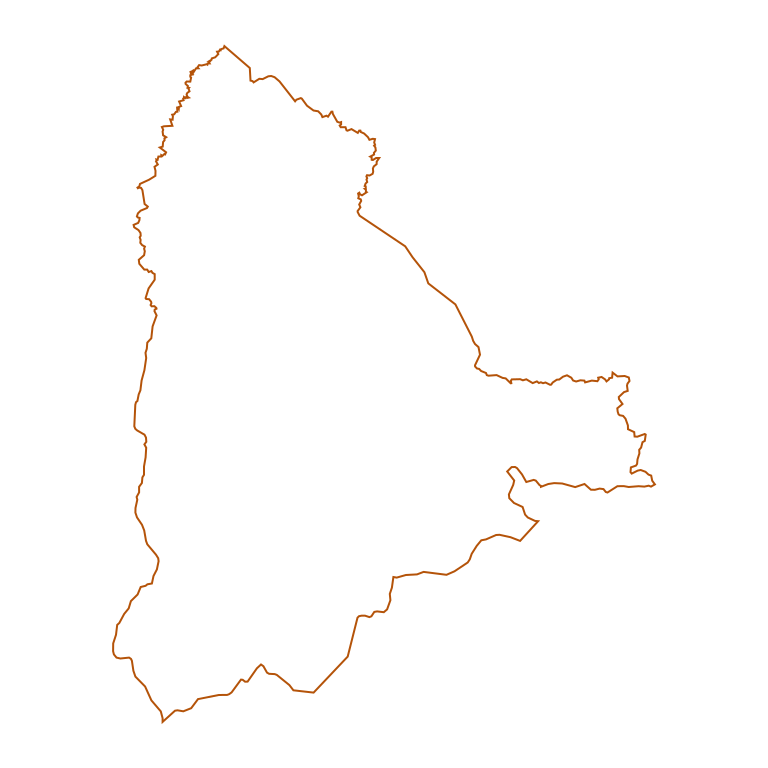 the district of Ile, Zambezia, Mozambique
{"feature_id": "85939544B3686787806290", "entity_name": "Ile", "entity_type": "district", "adm_level": 2, "iso_a3": "MOZ", "parent_name": "Mozambique", "parent_adm1": "Zambezia", "projection": "albers", "projection_center": [37.321, -15.981], "detail": "fine", "context": "isolated", "style": "outline", "palette": "amber", "viewbox_px": 768, "rotation_deg": 0, "n_neighbors": 0, "source": "geoboundaries", "source_scale": "gbopen_adm2", "svg_char_len": 6060}
<svg xmlns="http://www.w3.org/2000/svg" viewBox="0 0 768 768"><path d="M224.4,46.1L223.6,48.4L221.2,49.1L220.7,50.2L220.0,49.7L218.9,51.5L217.1,51.7L218.3,54.1L215.2,57.3L211.8,58.4L211.5,59.8L209.3,61.1L210.1,61.2L208.9,62.5L209.5,63.4L207.7,63.4L207.4,64.6L206.8,64.2L201.7,65.5L199.1,65.1L197.5,67.3L198.4,68.3L196.0,68.4L193.6,72.1L193.2,70.5L192.0,71.3L192.3,72.6L191.3,71.6L190.5,71.9L190.9,73.3L192.4,74.5L190.3,75.2L190.3,76.8L191.1,77.6L190.3,81.6L186.7,81.5L185.5,82.7L185.6,83.9L187.9,86.0L187.5,87.8L189.0,87.9L188.5,88.6L189.5,91.3L187.3,92.9L186.6,94.3L187.4,96.7L188.7,97.6L187.3,97.9L186.1,97.1L185.6,98.1L184.0,97.0L183.9,98.3L183.2,98.6L183.6,100.2L179.1,101.5L181.1,106.1L179.0,106.9L178.8,108.7L178.1,107.3L177.1,107.5L177.4,111.7L175.9,111.9L174.2,114.3L172.2,114.7L172.9,116.2L172.6,119.7L170.2,119.4L172.4,125.8L163.9,126.3L161.9,127.0L163.2,129.8L162.6,131.5L163.1,135.3L166.2,137.2L164.4,138.4L164.6,140.2L163.1,142.0L162.7,146.6L159.8,147.5L166.1,152.3L165.1,154.4L164.4,154.0L162.5,155.8L161.3,155.1L161.3,156.5L157.6,156.5L158.3,156.8L157.6,159.8L156.4,159.5L156.7,160.4L156.0,161.3L157.8,164.5L154.5,166.8L155.5,170.8L155.4,175.8L149.1,179.7L140.0,183.9L139.3,186.4L137.5,187.6L137.9,188.2L138.8,187.6L141.1,187.9L142.4,190.1L144.6,204.0L147.8,206.6L147.0,208.0L140.6,210.7L137.9,213.4L136.9,216.4L137.7,217.4L139.6,217.9L139.4,220.2L138.2,222.9L133.6,224.9L134.2,227.3L138.5,230.1L140.5,233.0L140.7,235.8L139.7,237.3L140.6,239.9L140.3,242.8L142.1,245.1L144.9,246.6L144.1,248.7L144.8,251.2L144.1,255.2L138.8,259.8L139.3,263.8L144.3,269.6L147.2,269.6L148.7,272.0L151.4,271.1L152.5,272.9L154.7,274.1L154.7,279.7L148.6,288.4L145.6,298.1L146.2,299.0L149.1,299.2L151.1,301.7L151.4,303.1L150.6,305.0L151.6,306.3L154.4,306.2L156.3,307.9L156.5,308.7L154.7,309.6L154.5,311.2L156.6,315.4L152.6,326.4L151.3,338.3L147.3,342.6L146.8,348.8L145.5,352.8L146.2,358.0L144.4,370.2L141.6,380.5L140.4,390.3L138.7,394.4L137.4,401.0L136.0,402.2L135.3,404.8L134.3,426.3L135.3,428.8L137.1,430.4L144.5,434.7L146.0,437.6L146.3,441.8L144.4,444.4L146.2,447.7L145.6,457.4L144.0,466.5L144.0,474.8L142.4,477.4L141.9,483.0L139.1,486.8L139.1,492.4L136.6,497.0L137.3,499.7L135.5,508.0L135.4,512.6L137.0,517.4L142.0,524.8L144.2,530.4L146.0,540.8L147.3,544.3L156.0,554.7L158.2,558.2L158.6,561.2L156.9,569.4L153.5,576.0L151.9,583.5L147.4,584.3L145.6,585.8L140.7,587.0L137.6,594.5L130.9,601.1L128.7,608.4L124.2,613.9L119.3,623.0L117.2,624.9L116.0,634.8L113.2,643.4L113.1,651.2L113.9,654.4L116.5,657.6L120.4,658.5L129.1,657.6L131.0,658.9L131.9,660.8L133.4,670.8L135.4,676.6L145.1,686.5L151.4,700.4L160.8,711.4L162.6,718.2L162.6,721.9L175.0,710.7L177.5,710.3L183.3,711.3L191.2,708.2L198.0,699.1L218.8,695.0L227.2,694.9L229.1,694.2L231.6,692.4L241.0,679.6L242.7,679.8L245.1,681.7L247.6,681.6L256.9,668.3L261.0,664.5L263.4,666.2L267.0,672.6L269.1,673.8L274.7,674.1L276.8,674.9L289.4,685.1L293.4,690.3L313.6,692.6L347.7,656.6L357.5,617.7L359.0,616.2L361.5,615.7L365.1,615.7L369.4,617.1L371.4,616.3L374.3,611.9L377.1,611.4L383.8,612.2L387.1,609.4L390.4,600.2L389.8,593.9L391.9,587.7L393.4,577.0L396.7,577.6L405.9,575.0L417.0,574.4L423.6,571.9L446.5,574.8L454.5,571.3L467.7,562.5L469.8,559.3L471.7,553.8L476.7,545.9L481.3,540.3L486.0,539.4L496.1,535.0L499.5,534.8L510.5,537.2L520.1,540.9L538.1,521.2L535.0,520.9L527.8,517.5L525.1,514.6L522.6,507.0L514.0,503.0L509.3,498.2L508.9,494.4L513.2,484.9L514.2,480.5L507.2,471.5L511.6,467.1L515.1,467.0L517.0,468.1L522.0,474.4L526.3,482.0L533.7,479.9L535.8,480.6L539.6,485.2L541.0,485.9L541.0,486.8L548.3,484.0L554.2,483.1L562.2,483.5L575.2,487.1L584.5,484.0L590.9,489.7L594.9,489.8L599.6,488.6L603.5,489.1L605.8,492.0L607.5,492.5L617.4,486.2L623.7,486.1L628.7,487.0L638.6,486.2L644.4,486.6L648.7,485.7L651.0,486.6L654.9,484.4L652.2,480.7L651.2,475.6L648.5,474.6L645.5,471.8L640.7,470.0L637.7,470.6L631.7,473.6L630.5,472.1L630.9,467.4L636.0,465.6L637.1,463.9L637.5,459.4L639.4,453.4L639.2,449.8L641.1,447.6L642.5,442.2L644.8,440.9L645.7,434.6L644.7,434.0L637.3,436.7L634.6,436.5L634.2,432.1L628.0,429.2L627.9,425.4L625.5,418.7L623.1,415.9L619.6,415.2L618.5,414.2L617.7,411.7L617.3,408.3L622.5,404.0L619.0,399.1L618.8,397.0L624.0,392.1L627.7,390.9L627.0,385.6L627.5,383.6L629.5,381.0L628.8,377.5L624.7,376.0L617.5,376.4L612.6,372.6L612.1,377.7L609.2,378.2L609.0,379.4L606.5,381.4L605.1,379.4L601.6,377.0L598.2,377.7L598.7,379.4L597.4,381.2L591.8,380.6L585.1,382.4L584.4,380.6L580.4,380.3L576.1,381.5L573.1,380.5L571.3,377.7L567.0,375.3L563.0,376.7L559.3,379.5L556.8,379.7L552.7,382.5L551.2,384.6L550.1,384.8L545.5,382.5L543.0,383.2L540.9,382.3L538.9,383.0L536.9,381.4L532.7,383.1L526.3,379.3L522.9,380.3L520.2,379.2L511.8,379.4L510.9,380.7L511.3,383.2L510.7,383.3L505.7,378.4L502.6,377.9L496.6,375.1L488.5,375.7L486.8,375.1L486.0,373.0L481.1,371.0L479.1,368.9L477.0,368.5L475.1,366.5L475.0,365.3L480.0,354.7L478.5,347.1L475.0,344.0L473.2,340.9L471.8,336.6L455.4,304.4L428.3,283.4L424.4,272.2L412.6,257.3L405.2,246.3L359.6,215.7L357.7,212.1L357.6,211.1L360.4,207.3L359.2,204.5L361.2,200.9L360.8,199.4L358.3,198.3L358.8,196.2L358.1,193.5L359.3,192.7L360.0,194.3L362.0,195.3L366.7,192.2L365.9,191.7L365.9,189.7L364.9,188.9L365.8,188.7L365.7,186.4L364.7,186.0L365.6,183.5L367.2,182.0L366.5,179.5L367.2,178.2L366.4,176.4L367.0,175.2L369.6,175.5L372.6,173.8L373.2,171.7L372.9,168.5L373.8,166.4L376.6,164.2L376.7,161.6L379.2,158.0L376.1,158.0L372.9,160.0L371.7,159.8L371.6,157.2L370.3,156.6L374.1,154.5L373.9,152.9L375.8,150.6L375.4,147.4L374.1,145.7L375.1,144.9L374.2,142.5L375.0,139.1L372.8,138.8L369.4,139.8L368.0,137.2L364.1,133.5L360.8,132.0L360.4,130.6L359.2,130.6L357.8,132.9L351.5,129.1L347.5,130.7L346.5,130.3L345.5,127.2L340.7,127.2L339.7,125.5L341.1,124.5L341.1,122.1L339.6,122.6L337.3,121.8L332.9,114.0L332.4,111.7L331.4,111.7L328.0,116.7L326.5,115.7L322.4,117.1L321.3,114.5L318.2,111.3L313.5,110.5L307.0,105.7L301.8,98.6L300.8,98.1L296.4,99.7L295.1,101.3L279.5,81.4L274.6,77.2L271.2,76.0L268.3,76.3L262.7,79.1L259.3,78.8L253.6,82.4L252.6,81.1L250.5,80.6L249.8,68.0L224.4,46.1Z" fill="none" stroke="#b45309" stroke-width="2"/></svg>